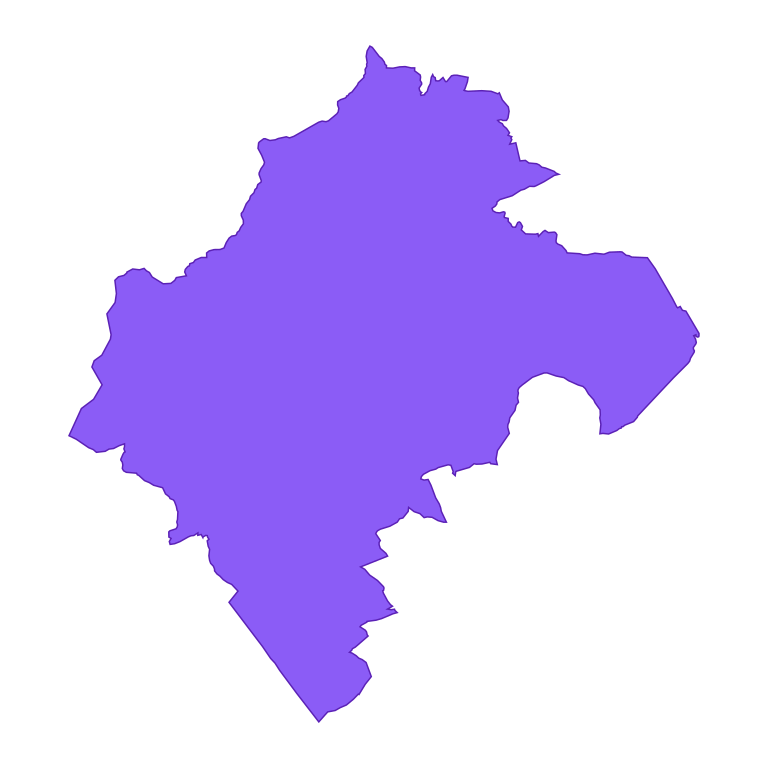 outline of Telega, Prahova, Romania
{"feature_id": "2599482B944231633317", "entity_name": "Telega", "entity_type": "district", "adm_level": 2, "iso_a3": "ROU", "parent_name": "Romania", "parent_adm1": "Prahova", "projection": "natural_earth1", "projection_center": [25.817, 45.132], "detail": "fine", "context": "isolated", "style": "filled", "palette": "violet", "viewbox_px": 768, "rotation_deg": 0, "n_neighbors": 0, "source": "geoboundaries", "source_scale": "gbopen_adm2", "svg_char_len": 6051}
<svg xmlns="http://www.w3.org/2000/svg" viewBox="0 0 768 768"><path d="M318.8,721.9L327.7,711.9L335.2,710.5L340.3,707.6L346.4,705.0L353.5,699.1L358.3,694.1L359.0,694.5L365.2,684.3L371.3,676.6L366.1,662.5L362.2,659.6L358.7,658.1L356.3,655.8L351.9,653.0L349.5,652.3L351.7,650.3L352.4,648.7L355.3,647.1L368.1,636.0L367.2,634.9L366.5,631.9L365.3,630.2L360.0,626.8L361.1,625.3L366.9,622.1L367.0,621.4L376.0,620.2L381.6,618.6L392.9,613.8L397.2,612.6L394.9,610.4L394.5,609.2L391.2,609.7L387.5,609.1L392.5,606.2L390.5,604.7L387.6,601.0L383.4,593.2L382.7,590.8L383.6,590.3L384.0,588.0L383.5,586.7L377.5,580.5L369.7,575.1L364.8,569.3L360.6,566.9L387.6,556.1L386.0,553.4L380.3,548.4L379.1,544.7L379.1,542.4L380.3,540.5L375.8,533.7L376.4,532.3L377.5,530.8L380.3,529.2L389.9,526.2L397.3,522.1L399.5,518.8L402.9,518.0L408.2,511.4L408.6,507.4L414.2,511.7L419.9,513.6L424.1,517.6L427.3,516.9L432.1,517.3L438.0,520.6L443.6,522.2L446.4,522.2L441.3,511.3L440.6,507.6L439.2,503.8L435.7,497.9L431.0,485.3L428.1,479.5L424.0,480.1L420.8,478.9L421.4,476.6L423.4,474.3L430.0,470.7L435.8,469.1L438.1,467.6L448.1,464.8L450.9,465.3L453.2,471.6L452.6,473.2L455.2,475.6L455.7,472.0L456.2,471.3L469.5,467.4L474.1,463.7L476.2,464.2L482.0,464.0L489.8,462.3L490.7,463.7L497.3,464.6L496.0,459.2L497.5,450.6L509.3,433.4L507.7,427.3L507.9,424.6L509.1,421.9L509.8,417.8L515.0,410.4L516.1,405.2L518.5,402.3L517.5,398.0L518.4,393.0L517.9,391.1L518.1,389.6L519.2,387.6L522.3,384.9L532.4,377.3L543.9,373.0L547.1,372.9L556.1,376.0L563.9,377.6L568.6,380.7L578.2,385.0L582.9,386.4L585.3,388.6L588.5,394.0L593.7,399.8L595.1,402.8L600.1,409.8L600.3,415.0L599.8,417.9L600.9,424.3L599.9,433.8L602.8,433.4L608.6,434.0L616.8,430.5L619.3,428.6L621.3,428.0L621.6,426.7L622.9,426.7L624.9,425.1L633.6,421.6L637.3,417.3L637.7,415.9L673.5,377.8L687.9,363.4L689.6,361.2L690.5,358.2L694.1,352.3L694.4,350.9L693.4,349.0L693.4,347.4L695.9,343.8L696.3,342.4L695.5,338.9L693.7,335.7L695.9,334.8L696.0,336.4L697.8,337.1L698.8,336.6L699.0,335.5L699.0,333.4L685.9,311.1L682.4,310.3L680.2,306.5L677.7,307.8L676.7,306.8L672.5,298.6L655.2,268.7L647.4,257.7L631.8,257.1L629.0,255.7L626.2,255.3L622.1,252.0L620.4,251.8L609.4,252.2L604.0,254.2L594.9,253.2L587.2,254.9L583.0,254.8L579.7,253.7L567.1,252.9L566.0,250.5L561.7,245.7L557.9,244.1L556.3,242.7L556.0,240.9L556.9,234.7L555.5,232.6L554.3,232.1L548.3,232.6L545.0,230.4L543.2,231.5L538.5,236.3L537.9,233.6L535.4,234.2L525.6,233.9L521.3,229.9L522.5,226.4L520.4,222.6L519.2,221.9L517.7,222.6L515.5,227.2L512.8,227.1L511.8,226.2L510.9,224.1L508.2,221.4L508.2,218.4L504.4,217.5L504.2,216.5L505.1,213.1L504.7,212.1L503.4,211.8L499.6,212.9L496.0,212.5L492.9,210.8L492.0,208.3L495.4,206.0L496.8,204.0L497.0,202.0L499.8,199.6L512.3,195.7L520.8,190.2L524.4,189.2L529.5,186.3L534.1,186.5L535.8,185.9L544.2,181.6L554.3,175.4L558.8,174.3L555.9,173.0L554.2,171.4L545.5,168.0L541.8,167.2L539.2,164.9L536.6,163.7L528.9,163.0L525.4,160.4L520.0,160.9L515.8,142.8L509.7,144.2L511.8,139.6L510.9,138.0L511.8,136.7L508.0,135.3L509.5,132.8L506.5,128.4L503.5,125.9L502.3,123.7L499.3,122.1L497.7,120.4L501.0,119.6L502.9,120.5L506.5,120.4L508.0,117.9L509.1,111.3L508.3,106.9L502.3,99.9L499.3,92.8L497.9,93.8L491.1,91.3L481.7,90.7L468.0,91.3L464.9,90.7L464.0,90.3L464.9,89.0L467.4,81.8L468.1,77.4L457.0,75.2L454.0,75.2L451.5,75.8L446.7,81.6L445.5,81.6L443.0,77.5L439.4,80.7L438.0,81.0L435.7,80.7L435.2,77.6L433.5,76.6L432.7,74.6L431.3,77.2L430.3,83.7L428.5,87.1L427.2,91.4L424.9,93.6L424.7,94.7L421.0,95.4L420.5,93.9L421.7,92.5L420.8,92.1L419.6,90.4L419.1,88.1L421.7,84.1L421.6,82.8L420.2,80.4L420.6,77.0L420.2,75.0L414.6,70.8L414.7,67.9L411.2,67.9L405.2,66.6L399.5,66.9L393.0,68.2L386.4,67.9L386.5,65.5L385.0,64.4L384.3,62.0L381.9,58.6L379.2,56.4L372.3,47.4L369.9,46.1L367.1,51.0L366.2,56.4L367.2,62.8L366.6,64.1L366.8,66.4L365.1,69.4L365.4,73.6L363.8,75.5L363.9,77.5L358.4,82.8L357.3,85.2L352.0,92.0L349.3,93.6L347.9,95.7L346.6,96.0L346.3,97.2L345.1,98.1L340.5,99.7L337.7,101.6L337.6,105.0L338.8,108.3L338.2,111.9L336.9,113.8L328.5,120.8L326.0,121.7L322.1,121.1L318.7,122.2L293.9,136.3L289.5,137.9L286.3,136.8L278.3,138.5L275.3,139.8L269.9,140.5L265.1,138.7L263.6,138.8L259.3,142.0L258.6,143.0L258.0,148.4L261.7,155.3L264.5,162.2L263.8,164.8L261.0,168.7L259.1,173.0L259.1,174.7L261.3,180.7L261.1,182.0L257.8,184.5L256.6,188.2L255.0,189.5L254.0,192.7L250.5,196.2L249.5,199.7L246.3,203.7L243.0,211.4L241.3,213.4L241.3,215.7L243.3,220.1L243.4,223.8L240.7,227.4L239.2,230.8L237.2,232.4L236.5,234.6L235.3,235.5L231.7,236.1L229.1,238.1L226.3,242.5L224.0,248.0L220.1,249.5L214.1,249.6L209.2,250.9L206.6,253.0L206.7,257.5L201.2,257.5L195.2,260.0L193.4,262.5L189.8,263.7L189.4,265.8L187.8,266.5L185.3,269.4L184.7,272.0L186.4,275.8L176.3,277.6L174.8,280.3L170.9,283.4L163.2,283.8L152.2,277.0L149.4,272.5L146.4,270.8L144.1,268.4L139.5,269.8L132.7,269.0L126.9,272.1L126.8,273.0L124.0,275.4L118.5,276.8L114.9,280.3L116.4,293.6L115.1,302.5L106.9,313.9L111.1,334.7L110.4,339.2L101.8,355.2L94.2,360.7L91.9,367.0L102.1,384.8L93.6,399.3L81.4,408.5L69.0,435.7L76.2,439.2L88.7,447.7L93.3,449.6L96.4,452.3L105.2,451.3L109.0,449.1L113.6,448.5L119.1,445.7L124.5,443.8L124.5,446.7L123.9,448.9L125.1,451.9L124.1,452.4L123.0,454.2L120.8,459.3L120.9,460.2L122.3,462.2L122.8,465.0L122.3,468.5L123.6,470.8L126.3,472.3L136.6,473.2L137.3,474.8L138.7,475.3L144.5,480.6L149.3,482.6L153.7,485.3L162.6,487.7L165.5,493.9L169.1,496.7L170.1,498.6L173.4,499.9L174.5,501.5L176.3,506.3L177.1,510.3L177.9,511.6L177.5,519.4L176.8,522.0L177.6,524.9L177.2,527.0L176.0,528.8L169.9,530.8L168.8,531.9L168.9,537.1L171.1,538.4L169.3,541.5L170.1,544.4L174.7,543.7L180.0,541.6L188.3,536.9L190.9,535.8L193.8,535.5L197.9,532.9L197.8,535.3L201.2,534.5L202.9,537.6L203.1,536.9L205.7,535.4L207.3,535.6L207.6,537.2L209.0,539.2L207.2,540.8L208.2,546.3L209.6,549.3L208.9,555.8L209.6,560.4L210.7,563.4L213.4,566.2L214.5,569.0L214.6,570.9L217.0,574.0L219.9,576.1L223.2,579.6L227.3,582.4L231.7,584.4L238.0,591.1L229.0,602.3L262.5,646.5L270.7,658.5L275.0,663.1L279.7,670.4L296.7,693.3L318.8,721.9Z" fill="#8b5cf6" stroke="#5b21b6" stroke-width="1.5"/></svg>